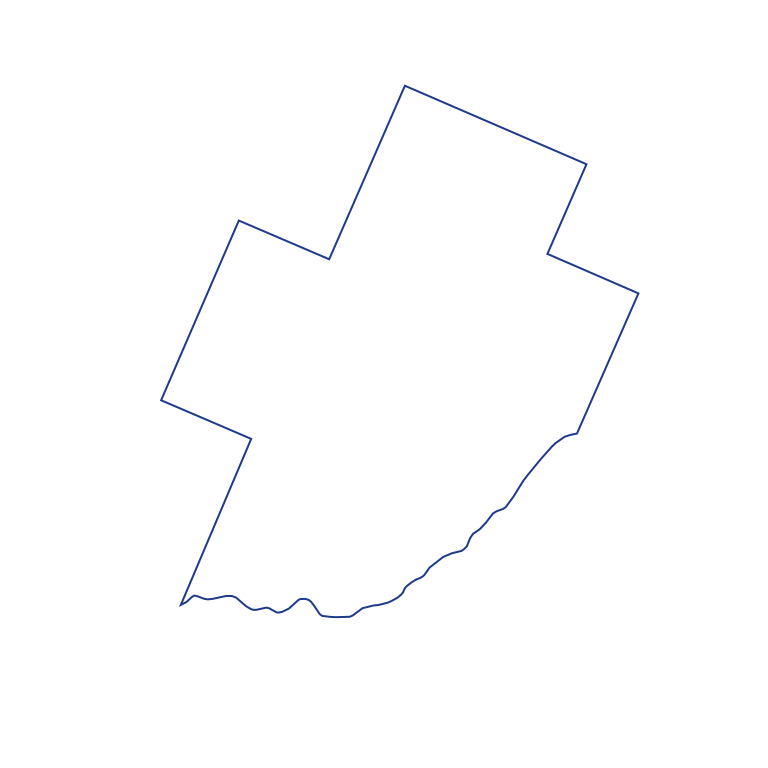 Wabasha, Minnesota, United States of America (Albers equal-area conic projection), rotated 113°
{"feature_id": "52423323B18779355101233", "entity_name": "Wabasha", "entity_type": "district", "adm_level": 2, "iso_a3": "USA", "parent_name": "United States of America", "parent_adm1": "Minnesota", "projection": "albers", "projection_center": [-92.029, 44.281], "detail": "fine", "context": "isolated", "style": "outline", "palette": "blue", "viewbox_px": 768, "rotation_deg": 113, "n_neighbors": 0, "source": "geoboundaries", "source_scale": "gbopen_adm2", "svg_char_len": 1186}
<svg xmlns="http://www.w3.org/2000/svg" viewBox="0 0 768 768"><g transform="rotate(113 384 384)"><path d="M486.1,582.8L486.4,484.8L666.7,484.7L661.8,480.6L655.3,477.7L653.0,476.1L652.3,473.6L652.0,465.8L651.1,462.0L648.8,457.9L641.0,446.8L638.6,441.3L638.4,436.7L642.5,423.9L643.2,417.8L642.6,415.0L641.5,412.9L635.9,405.1L635.3,402.2L636.2,393.6L635.6,391.7L633.7,388.9L627.9,383.8L616.1,378.3L614.5,376.8L612.5,372.2L612.2,368.8L612.9,366.2L615.4,361.7L620.8,353.5L621.5,351.0L621.5,349.9L619.3,342.3L617.4,337.1L611.7,324.7L609.5,322.5L598.8,316.2L592.1,307.3L589.5,302.6L584.0,295.3L580.7,292.2L575.3,288.0L575.2,287.9L571.4,286.0L568.5,285.1L564.1,285.0L561.4,284.2L555.9,281.2L550.9,277.6L550.0,276.6L548.7,275.1L546.0,273.2L544.0,272.2L535.3,270.4L520.0,261.9L513.3,255.4L507.4,247.5L505.0,245.9L500.9,244.3L492.2,244.5L487.1,243.5L483.0,240.8L480.0,239.0L471.8,236.0L460.6,233.1L457.2,230.7L452.5,225.6L449.7,223.8L437.5,220.9L418.9,218.0L412.5,216.4L392.1,210.4L376.0,205.0L371.2,202.9L362.0,197.1L358.0,192.5L354.2,187.0L201.2,185.2L200.4,284.4L102.6,283.5L101.3,481.3L193.1,482.2L290.6,483.2L290.3,581.5L486.1,582.8Z" fill="none" stroke="#1e3a8a" stroke-width="2"/></g></svg>